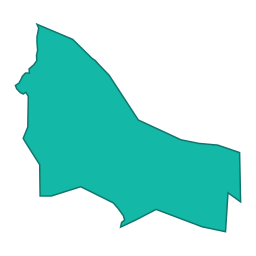 Pau dos Ferros, Rio Grande do Norte, Brazil (Natural Earth projection)
{"feature_id": "56859067B96737558006709", "entity_name": "Pau dos Ferros", "entity_type": "district", "adm_level": 2, "iso_a3": "BRA", "parent_name": "Brazil", "parent_adm1": "Rio Grande do Norte", "projection": "natural_earth1", "projection_center": [-38.202, -6.103], "detail": "fine", "context": "isolated", "style": "filled", "palette": "teal", "viewbox_px": 256, "rotation_deg": 0, "n_neighbors": 0, "source": "geoboundaries", "source_scale": "gbopen_adm2", "svg_char_len": 696}
<svg xmlns="http://www.w3.org/2000/svg" viewBox="0 0 256 256"><path d="M15.4,85.4L16.7,88.8L20.3,92.6L23.3,94.0L25.8,92.3L28.3,96.3L27.8,127.0L23.2,138.4L25.7,142.6L39.7,164.7L40.1,196.0L51.4,196.0L80.6,186.7L92.7,192.6L113.3,202.9L118.0,208.3L123.3,215.5L124.6,220.0L121.6,222.5L120.6,227.1L135.7,220.0L156.1,209.4L202.2,226.8L225.5,231.7L228.0,192.8L240.6,201.9L239.6,152.6L217.7,145.1L198.8,143.4L180.9,139.8L138.3,120.0L117.4,88.0L109.2,75.4L97.9,63.6L95.3,60.6L91.8,58.2L72.7,39.4L37.0,24.3L38.7,28.2L37.0,36.7L37.0,42.6L37.6,50.3L36.5,55.5L36.8,60.6L33.8,64.8L29.1,68.9L29.4,73.1L25.5,73.0L22.3,76.4L21.1,79.3L18.8,83.3L15.4,85.4Z" fill="#14b8a6" stroke="#0f766e" stroke-width="1.5"/></svg>